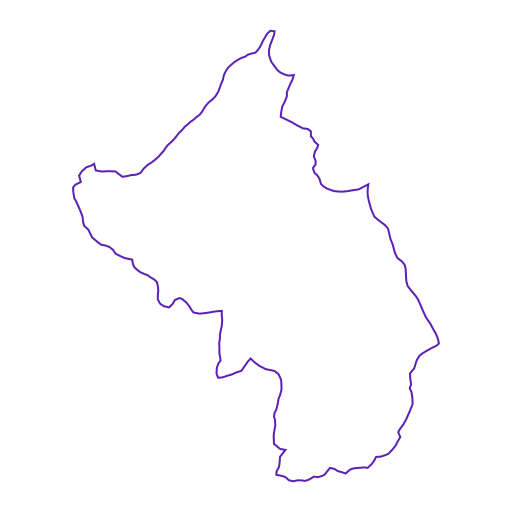 the district of Pederneiras, São Paulo, Brazil
{"feature_id": "56859067B46538845072755", "entity_name": "Pederneiras", "entity_type": "district", "adm_level": 2, "iso_a3": "BRA", "parent_name": "Brazil", "parent_adm1": "São Paulo", "projection": "albers", "projection_center": [-48.87, -22.29], "detail": "fine", "context": "isolated", "style": "outline", "palette": "violet", "viewbox_px": 512, "rotation_deg": 0, "n_neighbors": 0, "source": "geoboundaries", "source_scale": "gbopen_adm2", "svg_char_len": 3772}
<svg xmlns="http://www.w3.org/2000/svg" viewBox="0 0 512 512"><path d="M276.3,474.8L281.9,475.9L285.6,477.2L288.8,480.2L293.2,481.3L297.6,480.3L301.8,480.4L304.8,480.9L308.1,480.0L311.2,478.3L313.9,476.7L318.2,477.1L322.2,475.9L324.9,474.4L327.0,471.6L330.0,467.9L334.4,468.9L337.8,471.1L341.9,472.2L345.6,473.5L350.2,469.5L354.1,468.3L359.5,467.8L364.5,467.4L367.6,467.9L371.4,464.4L374.0,460.9L376.1,456.9L380.3,456.7L384.0,455.6L388.3,453.9L390.9,451.2L393.3,448.5L395.8,445.2L397.7,441.4L400.3,437.1L398.2,432.2L399.8,429.2L403.4,424.4L406.5,418.7L409.9,410.9L412.6,404.2L412.4,398.0L411.5,392.0L409.7,388.2L411.1,384.6L410.3,378.9L410.0,373.4L414.2,368.4L415.9,362.8L416.9,359.8L419.4,355.9L421.8,353.8L426.0,351.2L430.7,348.5L436.5,345.7L438.9,343.5L438.1,339.6L437.0,336.3L435.3,332.7L432.5,327.8L430.4,323.8L428.3,320.9L426.0,317.4L424.6,314.4L422.4,309.6L420.5,305.0L418.0,299.4L415.9,296.2L412.0,291.6L407.6,286.0L406.3,280.9L405.6,268.6L404.6,264.7L401.8,261.3L397.4,258.0L395.0,253.0L394.0,249.4L392.7,244.6L390.6,239.3L389.3,234.0L388.0,228.5L385.1,225.2L377.5,219.4L374.4,216.7L371.2,209.5L368.8,200.9L367.8,195.8L367.6,192.1L367.8,188.0L368.4,184.3L358.6,189.4L351.1,190.5L347.5,191.2L341.5,191.7L338.4,191.5L334.0,191.1L326.8,188.5L323.3,186.3L321.0,183.9L319.3,178.3L316.9,174.9L314.5,172.9L312.9,168.1L315.6,164.4L315.6,160.9L313.8,156.3L315.0,151.5L317.1,148.2L318.2,144.9L314.6,141.7L313.0,138.6L310.9,136.2L310.9,131.4L307.8,129.0L302.8,128.3L298.8,126.2L295.8,124.6L292.5,122.6L286.9,119.8L280.7,116.8L281.2,112.3L282.2,106.6L284.1,103.1L285.6,99.7L286.9,96.1L286.8,92.4L288.5,88.2L290.5,83.6L292.4,79.8L293.8,75.1L288.5,75.6L284.9,74.6L280.5,72.6L277.4,70.1L271.4,62.0L269.1,55.7L269.0,50.0L270.2,44.9L272.4,39.2L274.0,35.1L274.6,31.3L270.4,30.7L266.9,34.0L265.0,37.4L263.0,40.7L261.6,43.9L259.9,47.1L257.7,50.2L255.3,52.7L252.2,53.4L248.1,54.6L244.7,56.9L241.7,57.8L238.2,59.6L234.5,62.0L229.9,65.9L227.3,68.7L225.7,71.4L223.9,75.1L223.0,79.5L221.0,84.2L219.6,88.2L218.1,92.0L215.5,96.2L212.7,99.2L208.6,102.5L205.2,106.4L202.1,111.7L199.5,114.9L195.9,117.5L193.6,119.7L190.5,121.8L187.7,124.4L184.8,126.7L182.6,129.5L179.0,132.9L176.9,135.6L174.2,139.1L170.9,142.4L168.0,144.9L165.7,147.7L163.6,151.0L161.3,153.5L158.6,156.6L155.1,159.7L151.8,162.3L147.8,164.8L143.8,168.5L140.5,172.9L137.5,174.2L134.6,174.9L131.5,175.0L127.6,176.0L122.4,176.8L115.4,171.4L108.3,171.2L102.0,171.5L95.8,170.5L94.1,163.8L91.5,165.5L86.3,167.3L81.9,171.2L79.1,175.5L80.8,182.0L75.4,184.7L73.1,187.4L73.3,192.0L74.3,198.2L75.9,201.0L77.3,203.9L79.4,208.7L80.8,212.0L82.6,217.0L83.1,222.1L84.3,226.0L88.4,229.7L92.1,237.4L97.5,242.0L101.4,244.8L104.6,245.3L109.3,246.9L113.1,249.9L115.6,253.7L119.5,255.7L124.5,258.0L128.5,258.9L132.2,259.6L132.9,263.9L134.2,267.1L136.9,269.6L139.8,271.9L144.3,274.0L147.5,275.1L150.3,277.2L154.1,279.4L156.8,281.9L158.0,286.9L158.3,290.8L157.8,295.0L157.8,299.3L160.1,303.7L163.9,306.2L169.1,307.4L172.5,304.1L174.8,300.0L179.5,298.0L182.5,299.3L186.5,302.6L189.4,306.4L191.4,309.8L193.5,312.5L199.7,313.7L204.8,313.1L209.3,312.5L212.4,311.9L216.5,311.3L221.8,310.9L221.7,314.3L222.2,320.1L221.8,325.5L220.7,331.0L219.9,334.7L219.9,338.6L219.2,343.0L219.4,347.8L219.4,353.5L220.1,357.3L220.6,360.5L218.4,363.5L216.8,367.9L216.5,373.5L218.1,377.7L222.5,377.4L227.8,375.6L231.3,374.7L235.4,372.8L241.4,370.8L247.8,361.6L250.7,358.5L253.8,361.7L256.9,364.0L259.4,365.9L265.7,369.1L274.5,371.0L278.4,374.0L281.1,379.7L281.5,386.1L281.5,389.4L280.1,395.0L278.5,399.0L277.6,404.5L276.2,409.8L274.5,413.0L274.0,416.6L275.0,419.8L275.3,425.4L274.5,429.9L273.8,433.8L273.7,437.4L274.0,443.9L280.0,448.9L285.4,449.9L282.8,453.3L280.0,456.8L279.5,464.0L278.8,467.4L276.7,471.1L276.3,474.8Z" fill="none" stroke="#5b21b6" stroke-width="2"/></svg>